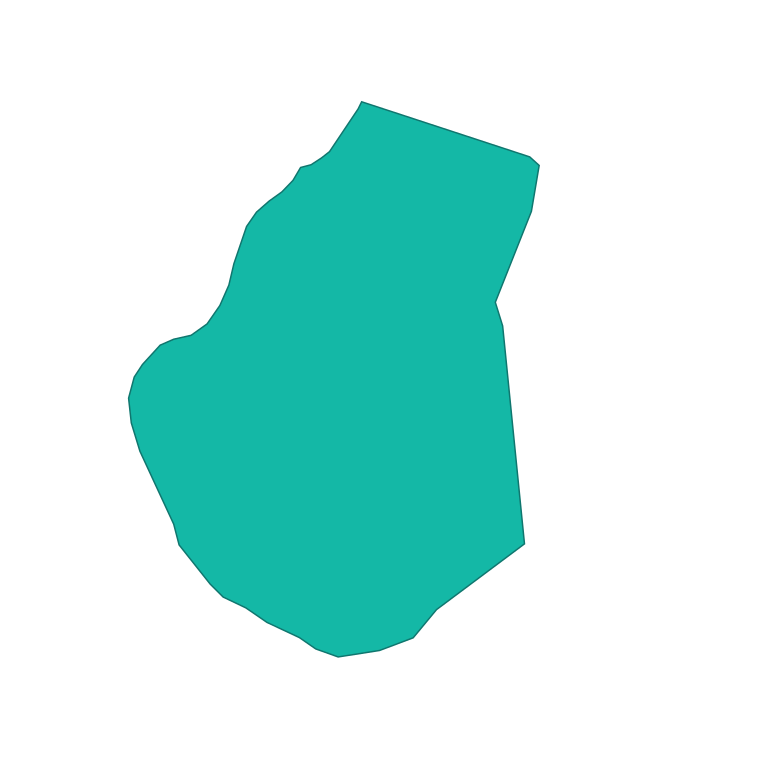 map outline of Podlehnik (Natural Earth projection), rotated 224°
{"feature_id": "SVN-232", "entity_name": "Podlehnik", "entity_type": "Municipality", "adm_level": 1, "iso_a3": "SVN", "parent_name": "Slovenia", "parent_adm1": "", "projection": "natural_earth1", "projection_center": [15.89, 46.305], "detail": "fine", "context": "isolated", "style": "filled", "palette": "teal", "viewbox_px": 768, "rotation_deg": 224, "n_neighbors": 0, "source": "natural_earth", "source_scale": "10m", "svg_char_len": 699}
<svg xmlns="http://www.w3.org/2000/svg" viewBox="0 0 768 768"><g transform="rotate(224 384 384)"><path d="M596.1,571.5L436.9,648.6L424.2,649.0L423.1,647.4L397.9,610.6L360.7,520.1L339.0,508.2L171.9,366.6L189.5,258.2L186.7,221.7L202.1,189.2L227.4,155.8L249.1,146.0L268.7,142.8L302.6,131.2L327.8,127.0L351.7,119.0L369.9,119.3L419.6,125.9L437.9,137.1L512.9,166.1L538.8,180.5L557.9,196.4L568.5,215.5L571.3,230.3L572.0,256.5L566.4,270.1L556.6,285.0L553.0,304.3L556.6,326.5L564.3,347.4L575.5,366.2L592.3,401.9L595.1,419.1L593.7,435.8L590.9,451.2L590.9,467.2L594.4,481.8L588.8,491.0L586.0,503.2L584.6,513.3L593.7,563.9L595.4,569.2L596.1,571.5Z" fill="#14b8a6" stroke="#0f766e" stroke-width="1.5"/></g></svg>